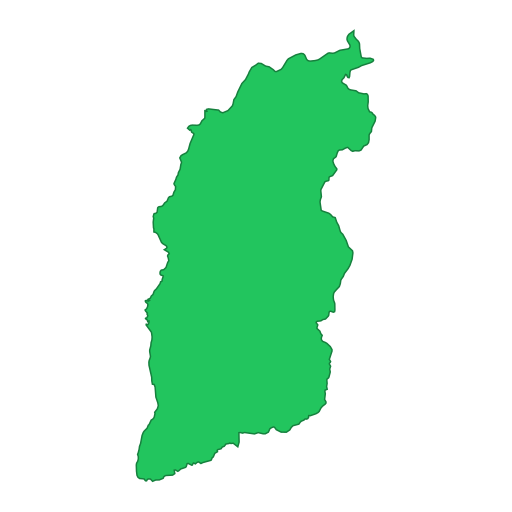 SVG path tracing the border of Shanxi
{"feature_id": "CHN-1805", "entity_name": "Shanxi", "entity_type": "Province", "adm_level": 1, "iso_a3": "CHN", "parent_name": "China", "parent_adm1": "", "projection": "equal_earth", "projection_center": [112.547, 37.663], "detail": "fine", "context": "isolated", "style": "filled", "palette": "green", "viewbox_px": 512, "rotation_deg": 0, "n_neighbors": 0, "source": "natural_earth", "source_scale": "10m", "svg_char_len": 6039}
<svg xmlns="http://www.w3.org/2000/svg" viewBox="0 0 512 512"><path d="M353.9,30.7L353.7,35.0L354.0,36.3L356.3,39.3L358.0,40.9L359.0,42.4L359.5,43.9L359.7,48.6L361.2,56.7L361.8,57.6L362.3,57.9L366.7,58.4L370.1,58.2L373.2,59.3L373.5,60.0L373.5,60.6L372.6,61.6L370.3,62.8L361.5,65.6L358.5,67.3L351.2,69.8L350.4,70.6L349.9,72.4L349.6,76.3L349.1,77.7L348.0,77.5L347.3,76.6L346.6,74.8L345.6,74.4L343.9,77.8L342.2,79.5L341.7,80.7L341.7,81.8L342.3,82.8L346.4,85.3L348.0,88.4L349.1,89.3L350.6,89.9L356.0,90.8L358.7,92.8L363.9,93.9L366.3,93.7L367.1,94.1L367.9,95.3L368.1,96.4L368.2,101.9L367.7,105.7L368.0,108.5L369.6,111.8L371.2,112.2L372.1,112.8L373.3,114.5L374.4,115.2L375.5,116.7L375.7,117.6L375.1,121.2L371.8,127.8L371.4,131.6L369.7,133.6L369.1,135.0L369.1,139.7L368.5,142.7L367.0,144.6L363.7,146.1L361.0,150.1L359.0,150.9L355.0,150.7L352.7,151.3L351.2,150.6L347.9,147.5L347.4,147.4L345.4,148.1L342.3,149.8L339.4,150.0L338.2,150.8L337.2,153.0L336.2,156.4L335.8,157.0L333.5,158.7L332.8,161.0L333.7,163.9L335.1,166.6L336.8,168.8L336.8,169.8L332.6,175.6L329.4,176.8L329.0,177.6L328.9,180.1L328.3,180.7L326.1,181.2L324.9,181.8L320.9,189.6L320.8,190.9L321.4,196.7L320.4,199.6L320.0,201.9L321.2,210.3L322.3,211.0L328.8,213.2L330.6,214.5L332.7,216.9L335.2,217.6L336.7,222.1L338.7,225.8L340.1,230.8L340.8,232.4L342.8,234.3L346.2,240.5L348.4,246.9L352.5,250.8L352.9,252.9L352.1,259.2L349.9,265.4L348.1,268.6L344.4,273.5L343.3,276.4L341.4,279.1L340.8,280.2L340.3,283.7L339.3,286.6L336.1,290.0L334.2,292.2L333.6,293.6L333.2,296.4L333.3,298.2L333.6,300.3L334.7,303.2L334.8,304.3L334.9,310.1L334.6,311.7L333.3,312.2L330.6,311.2L329.5,311.5L329.1,312.2L328.7,315.3L328.2,316.2L325.5,319.0L322.7,319.6L321.4,320.6L320.0,321.0L317.5,321.2L316.4,321.8L316.1,322.7L317.8,324.9L317.0,327.4L317.0,328.5L319.9,331.2L320.8,333.7L322.2,335.3L321.4,337.6L321.3,338.8L321.6,340.1L322.7,341.4L325.4,342.5L326.9,343.4L330.3,346.6L332.0,349.6L332.0,351.1L329.3,359.4L330.6,361.5L330.3,362.3L329.5,363.1L329.3,363.9L330.6,366.2L329.7,369.1L330.2,371.7L330.1,372.6L328.9,377.2L328.5,377.9L327.1,379.0L326.8,379.8L327.1,383.5L326.6,386.5L327.2,389.3L325.1,390.1L324.9,391.6L325.3,393.7L324.6,399.5L325.9,401.7L326.0,403.0L325.2,404.1L322.5,406.2L320.8,408.2L319.2,411.4L318.1,412.5L316.0,413.7L310.3,415.7L308.7,415.6L308.5,417.6L307.6,418.7L306.5,419.1L305.2,418.9L303.9,420.1L301.3,421.2L300.1,422.3L299.1,423.9L298.6,424.2L293.0,425.7L291.2,427.5L289.8,429.9L286.4,432.2L281.1,432.1L276.3,429.7L274.6,427.4L273.6,426.9L271.7,427.6L269.9,428.7L268.4,432.1L265.2,433.8L263.2,433.8L258.2,432.6L254.5,433.9L244.5,432.5L242.6,433.1L240.1,432.5L238.9,432.7L239.1,442.1L237.8,446.8L233.2,443.2L230.9,443.5L229.9,443.0L229.0,443.5L226.0,444.0L224.2,446.3L222.3,447.0L221.0,448.8L217.8,449.6L217.1,450.4L217.5,451.7L214.8,453.3L213.3,456.9L212.1,457.9L211.3,460.0L210.7,460.4L203.0,462.5L200.9,463.5L198.6,461.9L197.2,462.3L195.3,463.9L193.7,463.0L193.1,463.3L192.4,465.0L191.8,465.2L188.1,463.4L187.1,463.7L186.2,466.7L185.4,467.4L180.7,469.0L178.6,470.9L177.7,471.3L175.4,469.9L174.2,470.2L174.8,473.6L172.6,475.1L166.0,475.5L164.7,476.0L163.7,476.9L163.3,478.1L162.7,478.5L159.3,479.9L155.7,480.0L152.6,481.3L150.5,479.1L148.7,478.9L147.4,479.4L146.6,480.8L145.9,480.9L145.3,480.6L144.0,478.9L139.6,478.5L138.0,477.3L137.0,475.3L136.5,471.2L136.3,465.0L136.6,463.2L137.7,461.3L138.3,459.0L138.3,456.6L137.6,454.3L138.1,453.2L139.1,449.4L139.5,446.4L140.6,443.4L142.1,435.4L143.3,432.4L144.2,431.1L147.1,428.2L148.3,425.2L149.1,424.6L151.2,420.1L152.8,419.1L154.1,417.5L155.0,413.6L154.7,412.3L157.3,408.9L158.3,405.7L157.8,402.7L155.9,397.1L155.1,387.0L154.1,384.4L152.4,384.2L151.8,380.8L151.7,377.3L149.0,365.3L148.9,362.1L149.2,360.5L150.2,357.8L150.5,356.3L149.7,351.6L149.7,350.0L150.8,345.9L151.1,342.6L151.9,340.0L152.1,337.0L151.6,333.1L151.3,332.0L146.1,324.9L146.3,324.2L147.9,324.6L148.5,323.8L149.0,322.1L148.9,321.0L147.7,321.6L147.4,320.1L147.7,320.1L146.6,319.6L145.5,318.6L145.6,318.2L146.6,318.1L147.6,316.3L147.8,315.5L147.0,314.0L147.4,313.1L145.5,310.9L145.1,310.0L146.6,308.8L147.6,306.6L147.9,304.4L147.3,303.4L146.0,302.4L145.4,301.5L145.4,300.7L146.3,300.4L148.4,301.2L149.4,300.4L147.9,300.0L147.9,299.4L150.3,298.2L151.3,296.0L153.0,294.5L154.1,291.4L154.6,290.6L156.4,288.9L160.1,283.6L160.6,281.8L161.8,281.3L162.1,280.7L162.2,279.3L163.1,276.9L163.1,275.8L160.8,275.0L160.1,274.1L160.0,272.9L160.3,271.3L161.3,270.1L163.7,269.7L166.0,267.5L167.8,262.2L168.8,260.8L168.2,257.7L167.6,256.2L167.7,255.2L169.2,253.7L168.4,252.2L164.3,249.7L166.5,248.3L167.0,247.3L166.4,245.9L162.7,243.6L161.5,242.4L158.0,234.6L157.3,233.7L155.6,232.4L153.9,232.0L153.9,228.7L153.5,227.9L153.2,222.1L153.7,218.1L153.2,216.6L153.9,214.0L154.2,213.6L155.9,213.3L157.1,212.2L157.7,207.8L158.3,207.1L159.1,206.7L161.5,206.4L162.8,205.6L164.7,202.9L167.0,201.2L168.5,197.7L169.5,196.7L171.8,196.2L172.9,195.4L173.9,192.2L175.4,189.7L175.6,186.5L174.2,184.5L174.0,183.5L175.9,179.3L176.5,177.2L178.0,174.9L178.4,172.6L180.1,169.3L180.9,164.3L181.4,163.1L181.5,162.1L179.8,157.9L181.0,155.7L182.5,154.7L186.2,152.9L187.8,151.1L188.7,148.8L190.1,143.5L193.9,134.5L193.8,133.6L191.6,132.1L191.1,130.2L190.7,129.6L189.8,130.2L187.5,128.2L188.9,126.3L190.5,125.4L192.5,125.1L197.1,125.3L198.9,125.0L200.3,123.9L202.0,120.7L204.7,118.3L204.9,117.3L204.9,110.8L206.5,111.4L207.0,111.2L206.2,110.1L206.5,109.4L208.5,108.9L218.6,110.1L220.4,112.0L222.8,112.8L228.0,110.6L232.4,105.8L233.1,103.8L233.9,99.6L236.1,96.6L237.8,91.9L241.9,83.5L245.5,79.6L248.5,73.9L249.2,72.0L251.8,67.5L255.8,65.1L258.3,63.2L261.3,63.5L265.6,66.1L269.1,66.8L273.4,69.8L274.8,71.3L275.6,71.6L276.6,71.5L281.1,69.4L282.6,67.7L287.0,60.4L288.4,58.8L295.8,54.9L301.1,53.4L303.1,53.7L304.4,54.7L305.0,55.6L306.6,59.3L307.6,60.4L308.8,60.9L310.3,61.1L315.0,60.6L317.7,60.0L319.4,59.2L328.0,53.2L329.2,52.9L332.8,53.3L334.5,53.0L339.9,50.3L348.0,48.9L349.3,48.2L350.1,46.8L350.0,45.2L347.4,40.8L347.0,39.3L347.1,37.9L347.5,36.4L348.9,34.3L353.9,30.7Z" fill="#22c55e" stroke="#15803d" stroke-width="1.5"/></svg>